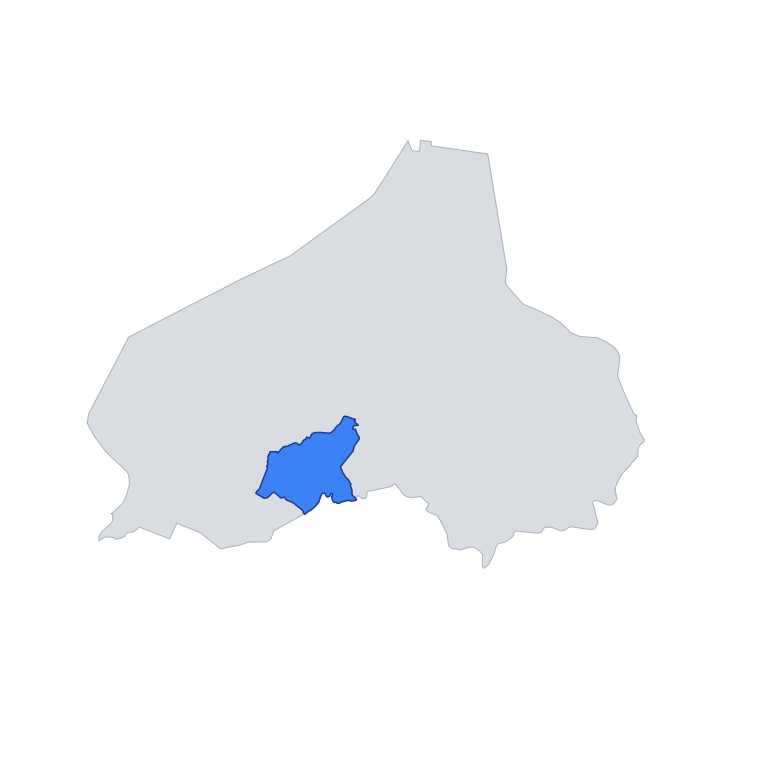 location of Wasit within Iraq, rotated 112°
{"feature_id": "IRQ-3227", "entity_name": "Wasit", "entity_type": "Province", "adm_level": 1, "iso_a3": "IRQ", "parent_name": "Iraq", "parent_adm1": "", "projection": "natural_earth1", "projection_center": [45.642, 32.719], "detail": "fine", "context": "in_parent", "style": "filled", "palette": "blue", "viewbox_px": 768, "rotation_deg": 112, "n_neighbors": 0, "source": "natural_earth", "source_scale": "10m", "svg_char_len": 5741}
<svg xmlns="http://www.w3.org/2000/svg" viewBox="0 0 768 768"><g transform="rotate(112 384 384)"><path d="M318.6,138.0L323.5,136.7L332.7,129.1L338.1,122.0L339.8,121.4L344.6,123.7L348.0,124.4L355.9,121.7L360.6,123.1L364.5,124.9L366.8,125.0L377.3,129.4L380.0,130.0L385.4,130.5L393.6,130.8L398.8,127.9L402.6,125.1L405.2,125.2L407.7,125.8L409.8,127.0L411.6,129.1L412.4,132.1L412.0,141.6L412.8,144.1L414.2,145.9L416.1,146.2L418.3,144.2L422.2,141.2L427.0,137.9L430.5,134.9L432.6,133.8L435.8,133.9L438.9,134.4L440.6,135.9L440.6,136.3L442.3,140.8L446.4,157.5L448.8,159.6L451.5,161.4L453.5,163.9L454.2,166.4L454.0,170.2L454.0,174.7L455.2,178.2L456.7,180.8L458.2,182.1L460.3,182.2L462.9,182.9L464.7,185.5L470.3,204.5L470.8,207.0L473.2,207.8L477.0,207.4L481.0,209.4L485.2,212.5L489.2,218.2L491.9,219.2L500.4,218.3L511.9,219.3L517.3,222.2L516.7,224.1L512.6,226.1L505.3,228.6L503.1,232.7L501.9,238.0L502.1,241.0L503.9,244.2L509.1,250.8L509.4,253.1L510.3,256.4L511.3,258.6L510.2,263.0L505.5,266.0L499.4,269.3L486.9,283.8L486.0,286.9L486.1,295.5L484.9,298.0L480.9,298.0L477.9,297.5L477.7,300.5L475.7,304.5L474.6,308.0L479.2,316.3L480.0,320.6L479.3,324.6L475.0,331.5L472.5,336.1L473.1,337.1L476.4,339.0L486.7,354.1L490.0,359.4L494.4,358.0L496.0,358.1L497.3,358.9L498.1,360.7L498.1,363.0L497.0,366.4L502.5,367.8L504.5,371.2L511.0,383.0L510.8,386.5L507.7,392.0L507.7,395.7L508.3,399.0L509.3,400.2L518.9,400.6L523.0,402.0L532.9,408.0L544.2,417.2L553.5,424.8L561.4,431.2L569.9,430.8L572.2,431.9L574.3,433.9L576.8,439.2L581.7,451.2L585.8,455.2L592.2,464.8L598.2,473.8L594.4,486.0L590.6,498.7L590.7,515.1L590.7,523.9L598.8,524.3L607.9,524.7L608.0,535.2L608.2,545.8L608.3,557.8L611.0,558.4L615.2,560.9L617.0,564.8L619.3,567.0L622.1,567.3L624.8,569.3L627.5,572.8L628.5,575.4L627.8,577.2L628.4,580.4L630.3,584.9L632.6,587.1L636.1,589.7L631.4,591.2L626.2,590.1L615.1,584.7L611.5,584.6L606.8,586.6L606.6,588.4L594.9,582.5L590.7,581.3L589.2,581.2L582.5,581.2L572.9,582.3L567.3,584.7L563.4,587.3L561.7,589.8L561.0,591.1L558.0,598.5L554.5,608.0L550.9,616.6L543.8,628.6L539.9,634.2L531.5,644.5L522.3,646.6L501.1,644.6L477.6,642.3L454.2,640.0L436.9,638.4L435.5,637.8L418.4,623.1L404.8,611.4L387.9,596.9L370.7,582.0L353.2,566.9L340.5,556.0L325.2,541.9L311.2,529.1L300.2,518.9L286.1,510.1L275.0,503.2L258.9,493.1L246.1,485.0L235.1,478.1L218.2,467.5L212.6,464.6L195.0,461.1L178.3,458.1L161.1,454.9L149.6,452.9L157.3,445.3L155.1,438.5L149.5,439.8L144.4,441.4L141.5,430.9L145.5,429.5L142.1,415.8L138.6,401.6L135.3,387.9L131.9,374.0L146.6,365.0L157.6,358.3L173.0,348.9L187.8,339.9L201.9,331.2L217.4,321.8L231.3,313.3L243.9,309.8L246.6,307.1L252.5,295.6L257.5,285.7L257.8,283.4L258.0,269.3L259.1,252.9L260.8,244.1L263.7,236.3L266.4,230.6L266.7,225.3L266.4,219.9L263.9,211.8L261.2,203.3L261.6,195.1L262.2,190.7L264.0,183.7L267.1,178.6L270.3,175.5L282.2,172.2L289.3,170.3L298.8,161.2L304.4,155.8L312.3,147.3L318.1,141.0L318.6,138.9L318.6,138.0Z" fill="#d9dde1" stroke="#a8b0b8" stroke-width="1"/><path d="M501.7,366.1L501.9,366.2L502.0,366.3L502.2,366.5L503.9,368.7L504.5,369.8L504.9,371.0L505.1,372.2L505.1,373.3L505.4,374.2L507.1,375.9L509.1,378.9L510.8,380.3L511.5,381.0L512.0,382.1L512.0,382.8L511.7,384.0L511.6,384.5L511.9,385.1L512.5,385.5L512.5,386.0L512.1,386.8L511.4,387.7L510.0,389.2L508.9,390.0L508.1,390.2L507.2,390.1L506.1,390.2L505.1,390.8L505.0,391.6L505.8,392.2L508.0,392.5L509.0,392.9L509.7,393.6L510.0,394.5L509.7,395.5L508.9,396.3L508.1,397.1L507.4,397.8L508.5,400.4L511.5,400.8L517.6,400.1L523.1,401.8L528.2,404.3L529.7,405.8L534.5,408.7L533.7,410.2L533.2,410.8L532.1,411.6L531.7,412.2L528.4,422.8L528.1,425.8L528.1,429.6L528.1,430.3L527.9,431.0L527.7,431.9L527.6,432.3L526.8,433.4L526.5,434.1L526.5,434.7L526.9,435.2L527.8,435.9L528.0,436.3L528.2,436.8L528.1,437.3L526.0,443.8L525.7,445.0L525.9,445.9L526.8,446.7L533.1,449.5L534.1,451.1L534.8,452.3L533.4,461.8L532.3,461.9L530.4,461.4L528.5,460.4L526.4,460.2L520.0,460.4L506.6,460.5L504.8,461.1L504.6,461.3L504.4,461.8L504.2,461.9L503.8,461.9L503.0,461.8L502.5,461.6L502.1,461.6L501.6,461.7L499.8,463.1L499.6,463.2L499.3,463.0L499.2,462.8L498.9,462.8L498.7,463.1L498.3,463.2L498.0,463.0L497.8,463.0L494.6,464.4L489.4,464.1L487.0,458.2L487.0,457.8L487.2,457.5L487.5,457.2L487.4,456.4L483.8,455.3L480.6,454.0L479.7,453.5L479.2,452.7L478.6,451.5L477.7,450.2L472.5,445.2L471.8,444.2L471.5,443.3L471.6,442.4L472.3,440.7L472.4,440.1L472.2,439.5L471.1,439.2L470.5,438.2L466.8,437.8L465.5,437.2L465.2,436.2L462.2,435.8L462.1,434.5L462.0,432.5L461.3,432.5L458.2,432.3L457.4,432.1L456.5,431.5L455.5,430.4L454.6,429.3L452.6,424.6L450.4,417.0L450.1,416.3L449.4,415.5L448.7,414.9L447.4,414.1L445.7,413.4L445.4,412.9L445.0,412.7L443.1,412.6L440.5,411.7L437.2,409.8L436.9,409.7L429.6,409.1L429.3,409.0L429.0,408.8L428.7,408.5L428.3,407.5L428.0,405.9L427.9,399.5L427.5,397.6L428.4,397.1L429.5,397.5L429.6,397.4L429.9,397.2L430.1,396.8L430.3,396.2L430.8,395.3L431.3,393.7L431.7,392.8L432.1,392.6L432.4,393.2L432.8,394.4L433.1,395.0L433.4,395.5L433.8,395.9L434.3,396.2L434.8,396.5L435.4,396.7L436.0,396.7L436.5,396.5L437.1,396.0L437.4,395.9L437.1,394.9L436.9,394.6L436.6,393.9L437.1,393.2L438.0,392.2L440.3,390.5L441.4,388.7L442.5,387.3L443.5,386.5L445.1,386.5L451.0,388.0L452.8,388.2L457.8,387.6L474.0,392.4L476.9,393.3L477.4,393.1L478.0,392.8L478.6,391.9L479.4,391.0L481.4,389.3L481.8,388.9L482.9,387.1L484.3,385.4L485.0,384.3L485.5,383.0L485.7,382.1L486.0,381.4L486.5,380.7L488.3,378.5L488.9,377.6L489.2,377.2L489.4,377.1L489.6,377.2L489.8,377.3L490.0,377.3L491.0,376.9L491.6,376.5L492.0,376.1L492.6,375.4L495.0,373.6L495.4,373.4L495.7,373.3L496.0,373.3L496.4,373.2L497.1,372.9L498.3,372.2L498.8,371.7L499.2,371.2L499.8,369.0L500.0,368.6L500.8,367.1L501.7,366.1Z" fill="#3b82f6" stroke="#1e3a8a" stroke-width="1.5"/></g></svg>